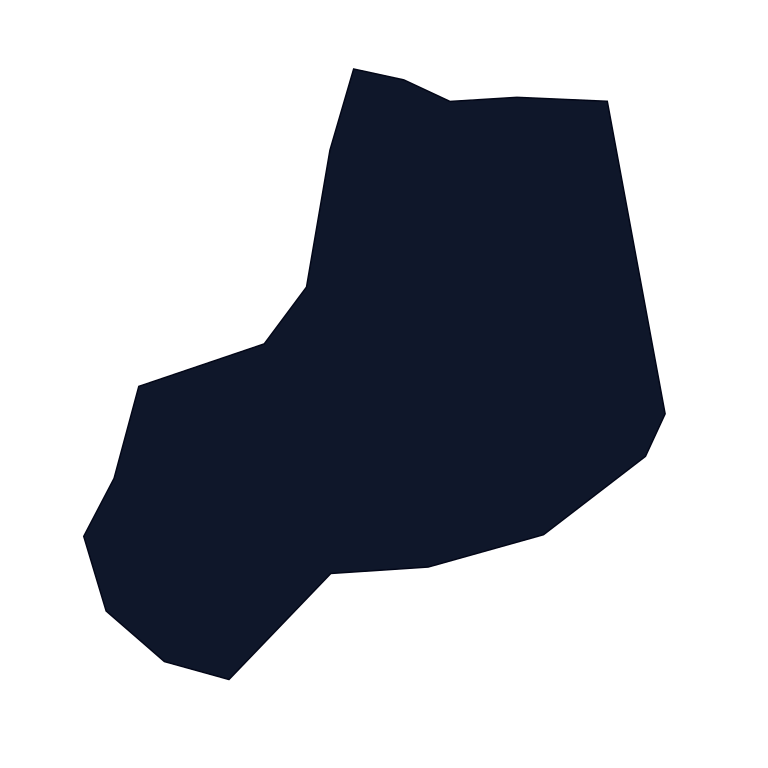 SVG path tracing the border of Ādaži, rotated 6°
{"feature_id": "LVA-5754", "entity_name": "Ādaži", "entity_type": "Municipality", "adm_level": 1, "iso_a3": "LVA", "parent_name": "Latvia", "parent_adm1": "", "projection": "mercator", "projection_center": [24.362, 57.106], "detail": "fine", "context": "isolated", "style": "filled", "palette": "ink", "viewbox_px": 768, "rotation_deg": 6, "n_neighbors": 0, "source": "natural_earth", "source_scale": "10m", "svg_char_len": 403}
<svg xmlns="http://www.w3.org/2000/svg" viewBox="0 0 768 768"><g transform="rotate(6 384 384)"><path d="M320.9,73.9L372.0,79.5L420.1,96.1L486.2,85.0L576.5,79.5L666.7,384.3L651.6,428.6L558.4,517.2L447.1,561.4L350.9,578.0L260.7,694.1L194.6,683.0L131.4,638.8L101.3,566.9L125.4,506.1L140.4,412.0L260.7,356.6L296.8,295.7L305.8,157.1L320.9,73.9Z" fill="#0f172a" stroke="#020617" stroke-width="1.5"/></g></svg>